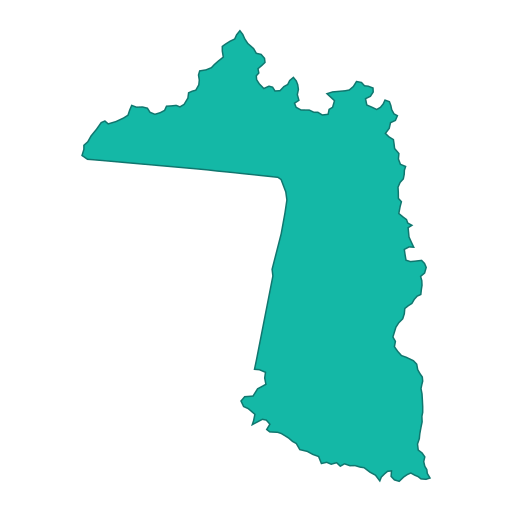 outline of Água Doce do Norte, Espírito Santo, Brazil
{"feature_id": "56859067B20048204764079", "entity_name": "Água Doce do Norte", "entity_type": "district", "adm_level": 2, "iso_a3": "BRA", "parent_name": "Brazil", "parent_adm1": "Espírito Santo", "projection": "mercator", "projection_center": [-40.991, -18.518], "detail": "fine", "context": "isolated", "style": "filled", "palette": "teal", "viewbox_px": 512, "rotation_deg": 0, "n_neighbors": 0, "source": "geoboundaries", "source_scale": "gbopen_adm2", "svg_char_len": 3301}
<svg xmlns="http://www.w3.org/2000/svg" viewBox="0 0 512 512"><path d="M82.0,155.5L87.5,159.3L93.1,159.7L197.2,168.9L207.9,169.9L217.0,171.0L227.7,172.0L277.9,177.3L281.1,179.5L285.8,191.9L286.9,200.0L285.0,212.8L281.2,233.8L272.1,269.3L272.9,276.0L269.0,295.9L256.3,360.7L254.5,369.3L259.4,369.7L265.5,372.3L264.7,378.0L265.9,384.3L257.6,388.8L253.0,396.1L244.7,396.7L241.0,401.0L243.6,406.5L248.2,408.6L254.9,414.3L253.6,420.7L252.3,424.6L262.4,419.3L266.3,420.1L269.9,424.2L266.7,429.5L269.8,431.9L277.7,432.3L281.3,433.5L288.6,438.0L292.5,441.4L296.3,443.5L299.8,449.6L307.3,451.4L312.8,454.4L318.6,456.5L321.4,463.5L326.7,462.3L331.2,464.2L336.6,462.7L340.3,466.2L344.5,463.8L349.9,465.7L355.1,465.6L360.1,467.1L364.1,467.7L370.0,472.2L375.5,475.2L379.8,480.9L381.3,477.1L384.6,473.8L387.6,471.3L391.5,470.9L391.1,476.4L394.4,479.9L399.2,481.3L403.7,477.0L407.4,474.5L410.8,473.0L414.8,475.2L418.1,476.6L421.0,478.9L426.0,479.3L430.0,478.0L427.3,473.5L426.8,469.6L424.8,466.3L423.7,461.6L424.8,456.9L422.1,453.0L418.2,450.0L417.5,444.0L419.3,438.7L419.8,433.7L421.0,427.2L422.1,421.9L421.9,416.2L422.7,412.4L422.7,406.7L422.4,400.6L422.0,393.9L421.0,388.6L421.8,384.7L422.7,381.1L422.3,377.0L420.0,373.7L417.7,369.7L416.7,364.2L413.5,360.8L406.3,357.3L401.5,355.6L397.7,351.4L394.4,346.7L395.4,341.4L392.9,337.0L394.4,332.1L395.9,327.2L398.8,322.7L402.7,318.8L404.3,313.8L404.8,308.5L408.3,305.7L411.9,303.4L414.3,299.3L417.2,296.1L420.8,294.5L421.4,289.2L422.0,285.3L421.8,280.7L420.6,276.4L424.6,273.0L426.2,267.4L424.5,263.4L421.6,260.4L414.8,261.2L410.4,261.6L406.0,260.2L405.0,254.3L404.3,249.4L409.1,246.9L413.7,247.2L411.2,241.9L409.0,237.0L408.1,227.7L411.9,225.3L407.7,223.0L406.5,219.6L402.9,216.9L398.8,213.5L400.1,206.6L401.4,201.7L398.4,198.4L398.3,192.3L398.0,187.2L400.1,182.4L403.3,178.9L404.2,174.4L404.4,170.2L405.6,166.5L400.4,164.3L398.4,159.0L398.9,153.6L394.6,148.5L394.0,143.6L393.4,139.6L389.0,136.9L385.4,133.4L389.2,128.4L390.5,122.7L395.4,120.4L397.4,115.7L394.0,113.9L391.7,109.7L390.8,105.5L389.4,101.7L385.0,100.1L383.2,104.0L380.5,107.3L376.7,109.5L371.9,107.2L366.8,105.0L365.5,98.7L370.4,96.3L373.2,92.0L373.0,88.0L368.2,86.2L364.5,85.8L361.5,82.5L356.5,81.5L353.4,86.5L349.3,90.0L345.1,90.8L338.4,91.4L332.7,91.9L327.0,93.7L329.9,96.4L334.5,100.7L332.6,107.3L329.1,109.4L328.1,114.3L322.3,115.0L317.9,112.3L313.9,112.3L309.3,110.1L301.0,110.0L296.1,107.3L294.5,103.2L298.9,100.3L297.3,94.6L298.4,89.4L297.7,84.7L296.3,81.0L293.4,77.4L289.7,80.5L287.7,84.5L283.9,86.6L280.0,90.7L275.0,91.0L272.6,87.2L269.0,86.2L263.8,88.5L259.3,83.9L256.6,79.7L256.3,75.8L258.8,73.0L258.0,68.7L262.1,65.2L265.0,62.4L264.5,58.3L261.1,54.4L256.3,53.3L253.6,48.6L247.8,43.5L244.7,38.8L242.8,34.5L239.9,30.7L236.6,34.8L234.7,39.0L230.1,41.2L225.5,44.1L222.3,46.4L222.3,51.0L223.3,57.1L218.5,60.9L214.3,64.6L211.4,67.7L206.0,69.9L199.7,70.9L198.5,75.0L199.3,80.1L198.8,84.9L195.8,90.2L192.2,91.2L188.6,92.8L187.9,98.1L184.1,104.4L179.9,106.9L176.2,105.4L171.5,105.9L166.5,106.2L164.6,110.4L160.2,112.7L154.9,114.3L150.0,112.3L147.4,108.2L142.6,107.0L136.5,107.2L131.7,105.4L129.7,110.1L128.0,115.2L123.6,118.0L115.9,121.6L108.2,123.9L104.9,121.0L101.2,122.6L96.6,129.2L91.1,135.9L87.8,141.8L83.9,145.3L83.9,149.4L82.0,155.5Z" fill="#14b8a6" stroke="#0f766e" stroke-width="1.5"/></svg>